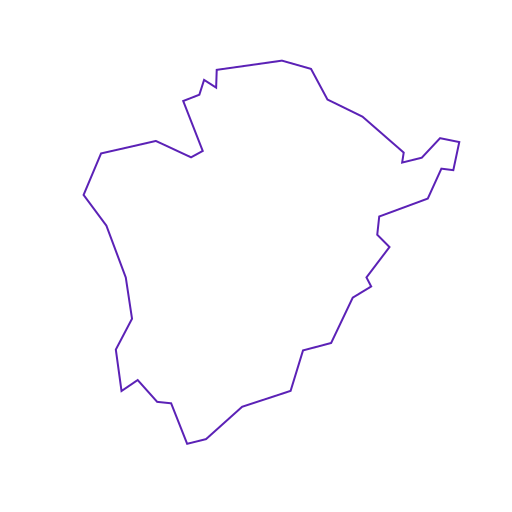 Kichevo, Kičevo, North Macedonia, rotated 280°
{"feature_id": "65306769B34923793156893", "entity_name": "Kichevo", "entity_type": "district", "adm_level": 2, "iso_a3": "MKD", "parent_name": "North Macedonia", "parent_adm1": "Kičevo", "projection": "robinson", "projection_center": [20.955, 41.522], "detail": "fine", "context": "isolated", "style": "outline", "palette": "violet", "viewbox_px": 512, "rotation_deg": 280, "n_neighbors": 0, "source": "geoboundaries", "source_scale": "gbopen_adm2", "svg_char_len": 675}
<svg xmlns="http://www.w3.org/2000/svg" viewBox="0 0 512 512"><g transform="rotate(280 256 256)"><path d="M449.8,277.7L452.9,247.6L432.5,185.0L414.9,187.5L420.4,174.3L405.0,172.2L396.0,157.4L350.2,185.3L341.9,174.9L351.9,137.4L330.1,85.6L286.2,75.6L259.9,103.4L212.2,131.5L172.7,144.8L139.5,134.2L99.7,147.0L113.3,161.0L95.2,184.0L96.2,198.0L59.1,220.8L67.0,238.6L105.1,268.5L129.2,313.5L171.2,318.7L183.4,345.1L231.8,358.5L246.0,374.7L254.1,368.5L288.0,385.9L298.0,371.7L316.3,370.5L342.4,415.2L374.2,423.4L374.8,435.4L403.5,436.4L404.0,416.8L381.6,402.2L373.4,383.7L383.5,383.5L411.7,336.7L422.5,299.2L449.8,277.7Z" fill="none" stroke="#5b21b6" stroke-width="2"/></g></svg>